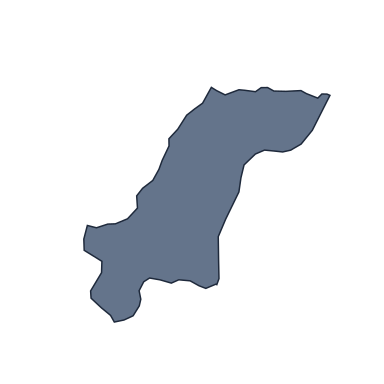 Aneby, Jönköping, Sweden, rotated 299°
{"feature_id": "70781695B68897114765136", "entity_name": "Aneby", "entity_type": "district", "adm_level": 2, "iso_a3": "SWE", "parent_name": "Sweden", "parent_adm1": "Jönköping", "projection": "equal_earth", "projection_center": [14.809, 57.898], "detail": "fine", "context": "isolated", "style": "filled", "palette": "slate", "viewbox_px": 384, "rotation_deg": 299, "n_neighbors": 0, "source": "geoboundaries", "source_scale": "gbopen_adm2", "svg_char_len": 1052}
<svg xmlns="http://www.w3.org/2000/svg" viewBox="0 0 384 384"><g transform="rotate(299 192 192)"><path d="M112.0,116.7L98.4,120.2L88.7,126.0L88.2,137.1L87.7,146.8L77.6,152.0L68.5,151.7L56.3,151.3L50.2,155.2L46.7,169.2L44.6,180.6L40.6,187.1L47.1,194.6L55.2,200.5L66.8,201.1L73.4,199.2L80.0,193.6L90.1,193.3L96.2,196.6L99.7,206.7L102.3,218.1L108.8,223.0L113.4,233.4L113.4,243.6L114.4,250.8L123.0,257.6L123.0,258.6L129.3,257.6L145.1,248.4L165.7,236.6L184.7,234.6L214.8,233.0L228.2,227.9L240.9,224.4L255.9,229.0L263.8,235.1L267.8,244.3L271.0,251.9L276.5,258.1L278.8,259.4L286.8,264.2L304.3,267.3L343.4,265.8L343.1,262.7L340.7,258.1L335.1,256.5L333.5,244.3L333.5,238.1L325.6,225.4L320.0,214.7L320.0,207.5L316.8,201.9L310.5,198.9L306.6,189.0L304.2,183.5L293.0,173.9L292.6,164.3L292.9,158.2L274.8,158.2L266.1,154.1L256.6,150.1L240.0,149.1L227.4,146.0L221.1,149.6L205.2,150.6L195.8,152.1L183.1,152.1L171.3,147.0L161.8,145.5L151.5,152.1L137.3,148.6L127.0,140.4L123.1,133.9L114.4,125.8L112.0,116.7Z" fill="#64748b" stroke="#1e293b" stroke-width="1.5"/></g></svg>